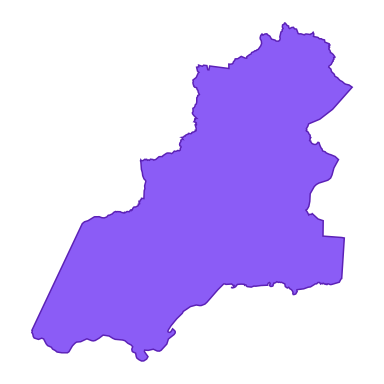 the district of Arjona, Bolívar, Colombia
{"feature_id": "7082276B1318225451124", "entity_name": "Arjona", "entity_type": "district", "adm_level": 2, "iso_a3": "COL", "parent_name": "Colombia", "parent_adm1": "Bolívar", "projection": "orthographic", "projection_center": [-75.362, 10.178], "detail": "fine", "context": "isolated", "style": "filled", "palette": "violet", "viewbox_px": 384, "rotation_deg": 0, "n_neighbors": 0, "source": "geoboundaries", "source_scale": "gbopen_adm2", "svg_char_len": 5943}
<svg xmlns="http://www.w3.org/2000/svg" viewBox="0 0 384 384"><path d="M289.8,28.6L288.8,27.8L288.6,26.0L287.2,25.5L285.3,23.1L284.6,23.0L284.0,24.2L282.6,24.9L282.3,27.0L283.1,28.5L282.2,29.6L282.2,31.1L281.0,31.9L279.8,37.0L280.2,38.3L279.8,40.0L278.5,41.2L276.2,41.1L275.1,40.1L271.5,39.1L269.9,36.2L267.4,34.6L266.9,33.8L264.9,34.0L262.9,35.1L262.0,34.0L260.7,35.5L260.1,37.9L260.3,39.1L261.3,40.7L261.6,43.6L260.7,45.9L258.2,49.4L256.9,49.9L255.9,50.8L255.0,50.7L253.6,51.8L251.7,52.5L250.9,54.1L249.6,54.6L246.8,56.7L246.7,58.1L245.2,58.1L241.2,56.4L237.8,58.7L235.2,58.9L234.7,60.4L233.5,61.7L232.9,63.3L232.4,63.8L230.6,64.2L228.8,64.1L228.9,68.5L209.7,66.0L208.9,69.9L207.7,69.7L206.9,65.6L203.6,65.2L202.4,66.3L198.6,65.1L198.7,66.8L196.6,67.2L197.5,71.1L198.9,72.3L198.4,72.6L196.2,77.5L192.9,80.1L193.3,81.2L192.9,82.8L193.4,85.0L193.9,85.7L193.8,86.2L194.7,87.2L196.6,87.7L197.2,89.7L197.9,90.3L198.2,92.2L199.4,94.6L197.7,95.5L197.7,96.4L196.8,97.7L196.7,102.2L196.3,104.0L195.4,104.5L194.9,106.3L194.3,107.5L192.9,108.3L193.1,111.6L192.3,112.9L192.7,114.0L194.0,115.7L196.7,118.3L195.6,118.3L195.4,119.3L194.8,119.0L194.5,120.9L194.0,121.6L194.6,121.6L194.8,122.1L195.9,122.5L195.6,122.8L196.5,124.0L196.4,124.7L195.8,124.3L195.1,124.8L196.2,128.3L196.1,130.5L195.3,130.3L195.2,131.2L193.3,132.2L192.6,132.1L191.8,132.6L191.7,133.3L190.9,133.7L188.5,133.4L188.3,134.0L186.1,134.9L185.2,135.6L185.2,136.0L184.3,136.1L183.4,137.1L181.8,137.4L182.3,137.6L182.2,138.1L182.8,139.1L182.3,138.9L182.0,139.5L180.8,140.2L181.0,141.3L179.9,143.1L179.6,144.4L179.9,145.8L180.9,146.3L181.1,147.1L180.3,148.3L180.3,150.0L179.1,150.8L177.9,150.4L176.4,151.2L175.2,151.4L174.3,151.1L172.6,153.0L171.5,153.6L170.2,153.1L167.5,153.0L166.5,153.3L162.9,155.7L162.5,156.5L159.0,156.7L155.9,159.4L153.7,160.1L153.0,159.5L150.4,159.2L149.5,160.3L148.4,159.9L147.5,160.3L146.7,159.3L145.8,159.8L145.0,159.2L143.0,160.6L141.8,160.7L141.2,160.6L140.8,159.9L140.5,160.8L140.9,162.2L141.4,169.4L142.3,172.4L142.7,175.7L144.0,178.9L145.6,180.5L145.8,181.5L144.6,185.9L144.9,188.6L144.2,190.7L143.9,198.6L141.5,198.3L141.2,199.5L140.5,199.9L139.8,201.4L139.0,201.3L139.1,202.8L139.6,203.1L139.6,203.7L139.0,203.9L138.6,204.7L138.3,204.5L138.0,205.8L135.6,207.0L134.0,207.0L132.8,208.3L132.3,209.9L131.3,209.8L131.2,210.5L130.4,210.2L129.3,211.7L127.0,211.5L125.3,212.6L124.5,212.3L124.4,212.9L124.0,213.0L121.5,212.4L120.2,211.7L116.8,211.6L116.4,211.9L115.5,211.5L113.7,212.4L112.4,213.8L109.4,215.2L108.3,215.2L106.7,217.0L104.2,217.9L101.9,217.7L99.2,216.7L94.4,216.8L88.0,220.7L84.5,221.8L82.3,223.6L31.9,330.3L32.4,330.7L31.8,332.5L32.7,333.8L33.3,336.6L34.2,338.0L38.5,339.4L41.7,338.2L43.6,338.9L46.2,343.9L47.6,345.6L51.3,347.2L52.6,349.1L55.2,350.5L57.0,352.0L61.9,352.8L67.4,352.8L69.0,351.7L72.4,345.9L74.8,343.4L76.5,342.1L80.7,341.7L86.9,338.8L91.5,340.6L93.2,340.9L95.2,340.5L99.1,338.2L103.1,335.1L109.1,336.0L112.8,338.3L115.1,339.3L122.5,340.0L124.9,340.7L127.9,343.3L131.3,345.1L132.7,346.8L131.8,349.1L132.1,351.1L132.8,351.9L135.6,353.1L136.3,356.8L136.9,358.1L138.8,359.6L141.5,361.0L143.8,360.9L146.6,359.1L148.0,356.7L144.4,351.6L144.6,350.1L148.2,350.4L153.3,349.2L157.2,351.0L159.5,351.1L161.1,350.3L166.8,344.1L168.4,339.0L174.1,334.5L175.2,332.9L175.2,331.6L174.7,330.7L172.6,328.8L171.0,331.5L169.9,332.4L168.7,332.2L167.9,331.7L167.9,331.0L168.6,329.5L171.2,325.5L176.8,318.7L182.3,313.3L183.3,311.4L190.4,306.6L196.3,305.0L199.8,305.6L201.3,305.5L204.9,304.1L206.9,302.3L217.9,289.7L223.6,284.0L225.0,283.9L225.9,284.4L231.7,284.0L232.9,285.2L234.0,285.4L233.7,285.7L233.7,286.8L233.2,287.4L231.0,287.5L232.5,287.9L234.2,287.5L235.6,286.7L237.4,284.4L241.1,284.1L244.2,284.3L244.6,285.2L245.1,284.8L246.0,285.0L246.3,285.9L247.2,286.6L251.3,287.1L253.9,286.1L255.8,286.2L261.1,285.5L267.5,285.2L268.2,283.2L269.5,282.5L270.2,283.5L269.5,285.6L270.9,286.5L272.4,286.2L273.1,285.7L273.1,284.5L273.9,283.6L273.8,283.2L275.6,282.7L276.8,281.7L278.3,282.4L279.4,282.1L280.3,282.5L281.5,282.3L284.8,283.9L285.3,286.6L287.3,288.0L288.7,287.3L289.9,288.8L291.3,289.6L292.1,290.5L293.0,292.3L292.8,293.3L293.2,294.5L293.9,294.6L295.7,294.0L297.2,291.5L296.8,290.0L297.0,289.7L303.8,288.8L308.2,287.2L310.5,286.9L315.3,283.9L316.7,283.8L317.9,282.5L319.5,282.5L320.6,284.0L321.1,283.5L321.9,283.7L322.2,283.4L322.8,283.8L323.6,283.3L325.1,284.3L325.9,283.9L326.2,284.4L327.0,284.6L327.8,283.8L328.6,283.9L330.2,284.6L331.5,284.5L339.3,282.2L341.0,279.0L341.7,278.6L344.3,238.0L341.7,237.5L323.0,236.1L323.2,220.7L318.1,219.0L312.2,213.6L311.5,214.4L309.7,214.3L308.8,215.0L307.3,212.0L305.9,210.1L307.3,209.1L308.8,206.4L309.8,201.4L310.2,193.7L314.3,186.5L316.4,184.5L318.8,183.1L327.9,180.2L330.6,178.1L332.0,175.0L333.9,168.0L338.5,159.6L335.1,156.5L330.8,154.7L329.3,154.3L326.2,152.9L325.2,151.8L322.6,150.9L322.0,148.9L321.0,147.8L319.8,145.1L319.0,142.6L318.0,142.3L316.7,143.9L315.8,144.4L314.0,144.4L312.0,143.5L310.6,141.7L310.8,141.2L309.6,140.6L310.1,139.4L309.9,139.0L310.4,138.5L310.2,137.6L310.7,137.4L310.0,136.4L310.2,135.2L308.7,133.6L308.5,132.7L307.4,131.3L306.6,131.3L306.2,130.6L306.8,129.3L306.4,128.5L307.8,126.4L308.6,123.9L319.8,119.2L332.6,109.3L352.2,87.2L349.1,85.0L345.4,84.1L344.2,83.3L342.3,81.6L340.0,80.4L338.0,78.4L337.8,77.9L334.8,76.2L334.3,74.3L331.5,71.6L330.9,69.1L328.7,67.1L328.9,66.2L331.2,64.4L332.6,61.6L333.2,61.1L333.0,60.2L333.9,59.4L333.7,57.6L334.8,57.5L335.0,57.1L333.2,54.5L331.5,53.0L330.4,52.6L330.4,51.5L329.6,49.9L329.0,49.5L329.1,48.5L328.8,48.1L329.5,47.5L328.8,46.3L329.6,45.8L329.2,45.4L329.7,44.9L329.1,44.6L329.2,43.8L324.9,42.1L324.5,39.9L322.2,39.4L321.5,38.8L319.3,38.7L318.3,37.6L317.2,37.2L313.8,36.6L313.4,36.3L313.8,35.2L313.7,33.5L313.1,32.3L312.1,33.5L310.9,33.9L310.3,34.5L306.5,34.0L305.2,34.1L304.7,34.8L304.1,34.8L300.9,33.8L299.5,33.9L298.2,33.6L296.5,29.1L294.5,28.8L293.5,27.3L291.6,27.5L289.8,28.6Z" fill="#8b5cf6" stroke="#5b21b6" stroke-width="1.5"/></svg>